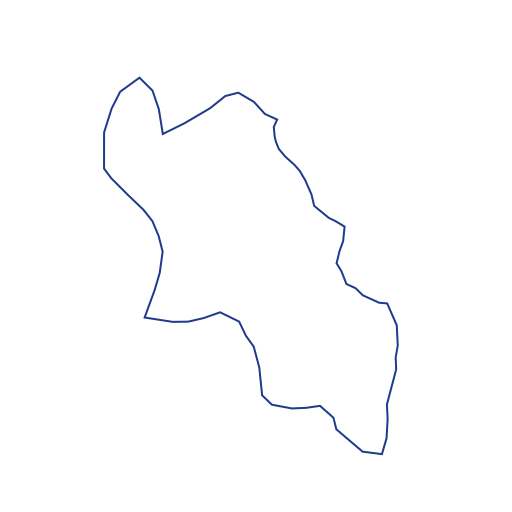 the district of Sotira Ammochostou, Famagusta, Cyprus, rotated 290°
{"feature_id": "46923920B54851998924598", "entity_name": "Sotira Ammochostou", "entity_type": "district", "adm_level": 2, "iso_a3": "CYP", "parent_name": "Cyprus", "parent_adm1": "Famagusta", "projection": "natural_earth1", "projection_center": [33.936, 35.008], "detail": "fine", "context": "isolated", "style": "outline", "palette": "blue", "viewbox_px": 512, "rotation_deg": 290, "n_neighbors": 0, "source": "geoboundaries", "source_scale": "gbopen_adm2", "svg_char_len": 1023}
<svg xmlns="http://www.w3.org/2000/svg" viewBox="0 0 512 512"><g transform="rotate(290 256 256)"><path d="M383.7,85.5L364.0,72.2L345.3,69.9L320.1,71.0L286.2,83.3L279.6,93.3L269.7,114.5L260.9,134.5L253.3,146.8L241.2,157.9L228.1,166.8L207.2,171.3L189.7,172.4L160.1,172.4L163.4,189.1L165.6,200.2L171.1,214.7L179.8,228.1L190.8,241.5L188.6,262.6L177.6,273.8L170.0,284.9L152.4,297.2L127.2,309.4L121.7,321.7L125.0,341.8L130.5,355.1L137.1,367.4L130.5,384.1L120.6,390.8L108.6,423.1L112.9,442.1L129.4,441.0L148.0,435.4L161.2,429.8L197.4,426.5L208.3,422.0L220.4,419.8L239.0,412.0L256.3,395.5L254.2,387.7L255.6,369.8L259.8,360.6L260.6,350.6L271.1,341.3L276.7,334.2L289.3,332.8L299.8,332.8L313.9,329.2L316.0,318.5L316.7,311.4L323.0,293.5L332.8,287.1L344.0,276.4L351.0,267.9L354.6,261.4L359.5,249.3L364.4,240.8L370.0,235.8L374.2,232.9L383.3,228.6L391.4,229.2L392.5,215.8L400.1,201.4L403.4,183.5L395.8,172.4L379.3,162.4L356.3,143.4L338.8,126.7L360.7,114.5L376.0,102.2L383.7,85.5Z" fill="none" stroke="#1e3a8a" stroke-width="2"/></g></svg>